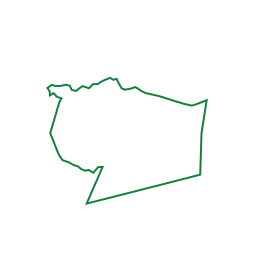 the district of Nazaré da Mata, Pernambuco, Brazil, rotated 232°
{"feature_id": "56859067B75061045492706", "entity_name": "Nazaré da Mata", "entity_type": "district", "adm_level": 2, "iso_a3": "BRA", "parent_name": "Brazil", "parent_adm1": "Pernambuco", "projection": "robinson", "projection_center": [-35.207, -7.742], "detail": "fine", "context": "isolated", "style": "outline", "palette": "green", "viewbox_px": 256, "rotation_deg": 232, "n_neighbors": 0, "source": "geoboundaries", "source_scale": "gbopen_adm2", "svg_char_len": 889}
<svg xmlns="http://www.w3.org/2000/svg" viewBox="0 0 256 256"><g transform="rotate(232 128 128)"><path d="M93.9,48.9L69.5,104.3L54.0,139.6L46.8,156.2L78.5,182.6L101.5,207.1L102.6,203.2L105.1,195.1L106.5,191.9L109.0,189.9L113.0,186.7L120.9,181.1L129.9,175.0L133.8,172.3L139.1,168.0L144.5,163.5L149.0,161.2L152.9,160.1L155.9,158.8L157.3,154.3L160.2,149.1L163.2,147.4L169.6,148.3L173.7,149.3L174.9,146.2L178.5,144.8L179.9,140.1L181.0,135.3L181.3,131.0L184.1,127.4L183.3,121.8L189.1,117.8L189.2,109.8L192.8,107.1L197.1,108.2L200.5,105.5L202.5,101.1L205.4,97.0L208.9,94.4L209.2,89.2L204.9,88.8L201.8,86.6L201.2,90.9L196.6,91.1L192.3,93.7L190.7,89.9L171.8,63.5L161.8,60.6L152.7,57.9L149.7,57.1L143.0,56.6L137.3,60.3L132.5,62.2L128.9,64.8L124.3,65.9L120.9,67.8L119.2,71.1L114.1,73.1L115.6,80.3L113.0,84.0L105.6,70.6L103.6,66.7L93.9,48.9Z" fill="none" stroke="#15803d" stroke-width="2"/></g></svg>